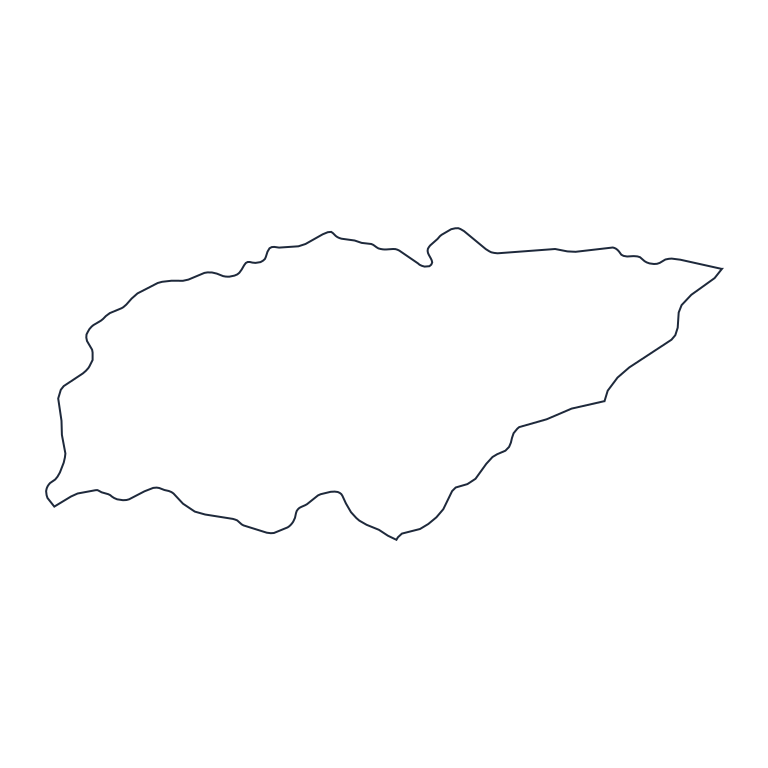 the Department of Treinta y Tres
{"feature_id": "URY-16", "entity_name": "Treinta y Tres", "entity_type": "Department", "adm_level": 1, "iso_a3": "URY", "parent_name": "Uruguay", "parent_adm1": "", "projection": "orthographic", "projection_center": [-54.31, -33.085], "detail": "fine", "context": "isolated", "style": "outline", "palette": "slate", "viewbox_px": 768, "rotation_deg": 0, "n_neighbors": 0, "source": "natural_earth", "source_scale": "10m", "svg_char_len": 3053}
<svg xmlns="http://www.w3.org/2000/svg" viewBox="0 0 768 768"><path d="M721.9,268.9L714.6,278.1L691.3,294.8L681.6,305.1L678.7,312.5L677.7,327.7L675.3,335.2L671.5,339.7L629.3,367.4L617.5,377.6L607.7,390.7L604.5,401.2L604.2,401.2L571.6,408.6L546.6,419.3L519.2,427.1L517.3,428.7L513.6,433.2L512.0,437.9L510.9,442.6L509.1,446.9L505.4,450.7L497.2,454.2L492.5,457.0L486.3,463.8L475.5,478.8L467.4,484.1L455.7,487.5L452.1,491.1L443.3,509.2L436.4,517.3L428.3,524.0L420.0,529.0L401.9,533.6L397.9,537.3L396.4,539.8L387.9,535.7L378.9,529.8L366.6,524.8L359.3,520.6L356.3,518.0L351.0,512.2L345.9,503.4L342.4,495.8L341.3,494.1L339.7,492.9L337.8,492.0L334.6,491.6L330.7,491.8L320.7,494.2L318.0,495.4L307.0,504.2L305.2,505.2L301.3,506.9L299.4,507.9L297.9,509.3L296.7,511.0L296.0,513.1L295.0,517.8L293.2,521.7L292.0,523.4L290.7,524.9L289.2,526.3L287.6,527.4L273.9,533.0L270.8,533.2L266.8,532.7L243.5,525.4L241.7,524.4L237.2,520.4L235.2,519.6L232.9,518.9L205.1,514.5L194.8,511.6L183.0,503.7L173.5,493.5L171.5,492.1L168.8,491.0L164.4,490.0L159.2,488.0L156.6,487.6L153.2,487.9L144.5,491.3L129.1,499.3L126.5,500.0L123.0,500.2L117.1,499.3L114.1,498.0L111.8,496.5L110.3,495.2L108.3,494.2L101.6,492.3L98.3,490.5L97.3,490.1L95.5,490.2L77.6,493.5L71.0,496.5L54.3,506.6L47.5,498.0L46.6,495.2L46.1,491.1L46.7,488.4L47.6,486.3L48.8,484.5L50.1,483.0L55.2,479.5L57.5,476.7L59.9,472.5L63.7,462.7L64.9,457.5L65.4,453.5L61.9,434.9L61.5,420.8L58.2,398.5L60.8,389.8L63.7,386.1L82.9,373.4L85.9,370.8L88.4,368.0L89.4,366.4L92.6,360.0L92.6,352.5L92.1,349.7L87.0,341.0L86.3,337.6L86.5,334.5L87.7,332.1L89.4,329.1L91.6,326.6L93.4,325.1L101.0,320.6L103.1,318.9L105.8,316.1L109.8,313.1L121.6,308.2L123.3,307.2L126.3,304.6L131.6,298.6L137.5,293.4L157.7,283.0L162.1,281.8L171.8,280.7L182.9,280.8L188.4,279.6L204.4,272.9L207.5,272.4L212.1,272.5L216.8,273.6L223.1,276.1L225.9,276.6L229.2,276.7L234.5,275.6L237.3,274.4L239.3,272.8L241.7,269.5L244.1,265.3L245.8,263.0L247.7,262.0L249.9,262.0L252.4,262.6L255.5,262.9L260.5,262.1L263.0,260.7L264.9,259.0L265.8,257.0L267.5,251.7L269.5,248.3L271.7,247.1L274.2,246.9L279.1,247.6L298.4,246.3L305.5,244.0L322.7,234.3L327.8,232.2L331.2,231.9L332.9,233.1L335.7,235.9L337.4,237.1L339.3,238.0L341.5,238.7L354.6,240.5L361.7,242.9L371.3,244.0L373.3,244.9L376.6,247.3L378.4,248.4L380.7,249.0L383.1,249.4L385.7,249.5L393.0,249.0L395.4,249.1L397.4,249.7L399.3,250.6L418.0,263.4L419.5,264.7L421.8,265.8L424.6,266.6L429.4,266.2L431.3,264.6L432.2,262.4L431.7,260.3L430.8,258.4L428.8,254.8L428.0,253.0L427.6,250.9L427.9,248.8L428.9,247.1L430.1,245.5L437.6,238.9L439.9,236.2L441.6,234.8L451.2,229.2L455.2,228.3L458.3,228.2L460.4,229.0L464.0,231.1L485.8,249.1L489.3,251.3L491.3,252.3L494.1,252.9L497.5,253.3L555.1,249.0L567.4,251.4L575.6,251.8L612.8,247.5L614.5,248.0L616.1,248.8L617.6,250.0L619.0,251.5L621.3,254.7L623.6,255.9L627.1,256.5L633.6,256.1L637.4,256.4L640.0,257.2L644.6,261.2L646.7,262.4L649.5,263.4L654.0,264.0L657.0,263.8L659.7,262.9L665.4,259.5L668.9,258.8L671.7,258.6L680.3,259.7L721.7,268.9L721.9,268.9Z" fill="none" stroke="#1e293b" stroke-width="2"/></svg>